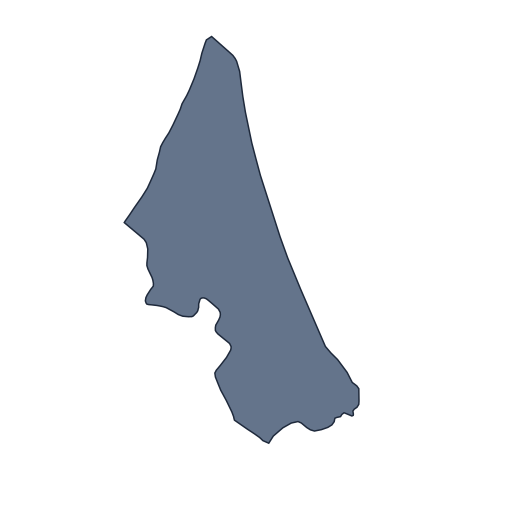 outline of Sam Son, Thanh Hóa, Vietnam, rotated 310°
{"feature_id": "81297802B12977108616150", "entity_name": "Sam Son", "entity_type": "district", "adm_level": 2, "iso_a3": "VNM", "parent_name": "Vietnam", "parent_adm1": "Thanh Hóa", "projection": "albers", "projection_center": [105.897, 19.753], "detail": "fine", "context": "isolated", "style": "filled", "palette": "slate", "viewbox_px": 512, "rotation_deg": 310, "n_neighbors": 0, "source": "geoboundaries", "source_scale": "gbopen_adm2", "svg_char_len": 2177}
<svg xmlns="http://www.w3.org/2000/svg" viewBox="0 0 512 512"><g transform="rotate(310 256 256)"><path d="M196.9,133.6L196.9,159.4L195.7,163.4L191.8,168.6L185.1,173.9L180.7,176.8L178.5,178.6L176.6,181.6L174.9,185.3L172.7,190.2L171.2,192.5L169.0,195.1L166.9,196.7L162.8,196.8L156.5,197.6L153.4,198.4L152.0,199.2L150.5,200.1L149.3,202.1L149.0,203.4L149.8,205.0L151.6,207.6L154.5,212.0L156.2,215.0L157.5,217.5L158.7,220.3L160.5,229.1L161.2,234.1L162.8,238.6L166.0,243.2L168.3,245.8L169.4,246.4L170.6,246.6L172.2,246.7L174.6,246.9L176.6,246.6L178.4,245.7L179.8,245.1L181.1,244.0L182.6,242.8L185.0,241.8L186.7,241.0L187.6,241.0L188.5,241.2L189.7,242.1L190.6,243.3L191.0,244.6L191.3,245.4L191.4,248.1L191.4,252.2L191.3,257.0L191.2,261.3L189.8,264.8L188.2,266.4L186.2,267.6L183.2,268.5L180.1,269.1L177.2,269.6L175.0,270.9L172.9,272.7L172.3,274.1L171.8,276.8L171.9,284.2L172.0,289.2L172.0,289.4L172.0,292.0L171.5,293.2L170.5,295.3L169.1,296.3L167.6,297.1L159.4,298.6L149.3,299.0L143.0,299.0L139.9,299.7L137.2,302.7L134.9,307.0L134.6,307.5L130.5,315.3L126.4,325.7L126.2,326.2L121.0,337.8L118.5,342.2L117.6,343.3L116.4,345.0L117.8,360.6L118.8,369.2L119.3,375.5L119.0,380.0L120.8,386.1L129.2,385.0L141.6,387.0L150.7,390.4L156.2,394.6L157.2,398.1L157.2,405.1L157.8,409.4L159.5,413.3L165.0,417.7L170.9,421.2L175.4,422.7L179.3,422.4L182.4,420.7L184.2,421.6L187.3,424.0L189.8,423.6L192.5,424.2L193.5,427.2L195.1,432.3L196.4,432.9L197.4,432.3L199.5,429.9L201.8,429.7L205.0,430.6L208.4,430.1L211.0,428.2L220.4,420.1L221.3,416.7L221.0,411.0L225.4,400.6L229.1,385.0L229.9,375.6L231.3,367.3L239.1,351.7L259.2,311.6L274.9,281.5L286.3,261.9L320.6,207.5L331.1,192.5L339.9,180.1L359.3,155.5L369.7,143.4L379.1,133.2L386.9,124.8L392.7,116.0L393.9,113.0L394.8,109.3L394.9,106.7L395.6,80.9L389.7,79.1L389.4,79.2L386.4,80.2L376.5,84.2L369.8,87.6L362.6,90.6L351.7,94.7L340.2,98.3L334.4,99.8L325.1,101.5L319.8,103.6L314.6,105.1L310.0,106.3L303.2,108.1L294.4,110.1L287.8,110.9L282.9,111.7L278.4,112.7L273.6,115.2L266.8,118.3L266.0,118.7L258.3,123.3L253.4,124.9L245.7,127.1L238.1,129.2L227.9,130.6L215.1,131.7L206.1,132.7L198.9,133.3L196.9,133.6Z" fill="#64748b" stroke="#1e293b" stroke-width="1.5"/></g></svg>